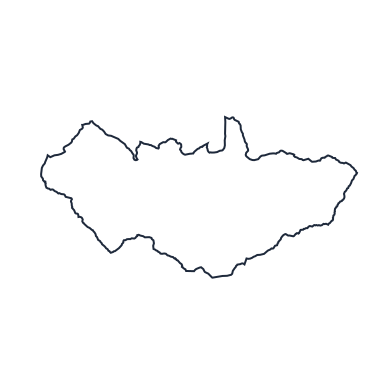 the district of Chita, Boyacá, Colombia, rotated 289°
{"feature_id": "7082276B46406567595223", "entity_name": "Chita", "entity_type": "district", "adm_level": 2, "iso_a3": "COL", "parent_name": "Colombia", "parent_adm1": "Boyacá", "projection": "albers", "projection_center": [-72.448, 6.098], "detail": "fine", "context": "isolated", "style": "outline", "palette": "slate", "viewbox_px": 384, "rotation_deg": 289, "n_neighbors": 0, "source": "geoboundaries", "source_scale": "gbopen_adm2", "svg_char_len": 6072}
<svg xmlns="http://www.w3.org/2000/svg" viewBox="0 0 384 384"><g transform="rotate(289 192 192)"><path d="M219.7,66.4L217.6,67.7L216.6,67.7L215.9,67.4L214.1,65.8L211.1,65.7L208.3,64.9L206.5,63.6L203.8,62.8L202.7,61.7L200.8,62.0L199.5,61.8L196.5,59.9L193.8,57.3L192.4,56.4L191.7,56.4L190.7,56.7L188.8,58.8L188.5,58.7L185.5,56.0L183.5,53.2L181.9,50.0L178.8,46.7L179.7,43.6L177.6,43.8L172.2,43.4L171.1,43.5L168.5,42.5L165.9,42.2L159.8,43.5L157.6,44.4L156.1,46.6L154.6,47.4L154.1,48.4L154.1,49.7L153.6,49.7L153.5,50.1L153.0,49.9L152.4,50.9L151.4,51.0L150.2,51.7L148.7,52.9L148.4,54.7L148.6,55.9L148.0,57.5L148.9,58.9L149.0,60.1L148.2,61.7L148.0,64.0L147.1,66.1L147.7,66.9L147.5,69.1L148.1,71.6L147.8,72.6L146.3,74.1L146.8,80.0L146.1,80.8L144.6,80.5L143.5,80.7L142.2,81.9L140.0,82.8L138.8,83.7L138.0,83.7L136.4,86.5L134.1,88.5L133.9,89.2L134.2,90.8L134.1,91.2L133.3,91.9L131.4,92.8L132.0,93.9L132.0,95.7L131.7,96.3L130.5,97.6L128.6,97.8L127.4,99.0L127.4,99.6L126.8,100.4L124.9,104.7L124.7,106.9L123.6,109.6L123.5,110.9L122.7,111.6L122.2,112.8L120.8,114.5L119.1,115.5L118.4,116.9L116.2,118.8L115.6,121.2L114.9,121.8L114.2,123.3L113.3,124.0L112.3,126.8L111.4,128.4L110.8,129.1L110.5,130.7L109.2,132.2L109.2,133.2L108.6,133.9L108.1,135.0L109.6,136.9L110.3,137.2L111.0,138.4L115.1,141.2L118.8,142.8L120.0,142.7L121.8,143.5L123.2,143.1L124.2,143.3L124.8,144.8L126.2,145.9L127.1,148.0L127.3,148.9L128.6,150.1L129.2,152.6L130.1,153.4L131.9,154.0L132.4,154.6L133.4,154.3L134.2,155.6L134.0,157.3L134.3,160.3L133.8,162.2L135.4,166.3L135.4,168.6L134.4,169.4L133.7,171.3L131.1,172.7L128.5,172.8L125.6,174.2L125.5,176.0L125.0,177.4L125.1,178.5L124.4,179.6L124.4,180.9L123.5,182.2L123.8,183.8L124.8,185.7L125.1,187.4L124.1,189.5L124.3,190.5L124.0,193.3L124.3,195.2L123.5,196.8L123.9,197.7L123.6,198.3L123.2,198.4L123.3,198.9L122.9,199.5L122.6,199.7L122.7,200.7L120.9,203.8L120.4,205.6L119.5,206.5L118.9,206.5L118.6,207.0L117.9,206.9L116.8,210.0L116.8,210.9L115.4,212.1L117.8,219.7L119.4,220.3L120.6,221.1L123.0,223.8L123.8,225.1L122.8,227.8L121.0,229.6L120.5,230.4L120.1,234.0L117.7,238.8L117.7,239.3L122.5,248.1L124.2,252.5L126.5,256.0L127.8,256.6L130.8,256.3L134.3,257.3L135.0,257.7L136.6,257.8L137.4,258.4L138.1,258.5L139.6,261.3L140.4,262.0L140.9,262.9L141.0,263.8L140.6,265.2L146.9,265.2L147.1,266.9L147.9,268.6L149.4,270.3L150.8,271.3L151.7,272.5L153.7,274.2L154.8,276.9L157.0,280.3L161.3,282.8L163.2,284.8L164.5,285.5L164.8,286.8L165.2,287.3L168.2,288.0L169.4,289.8L171.4,289.7L172.1,290.1L173.0,289.9L176.1,291.3L177.6,291.2L179.3,291.7L181.1,292.5L182.6,293.9L182.7,294.5L182.1,297.1L182.6,298.3L183.1,302.2L183.7,302.8L186.2,303.7L186.5,304.3L187.1,304.4L187.5,305.4L187.4,306.1L187.9,306.2L188.0,306.6L191.5,307.0L192.6,309.4L193.5,309.7L193.7,310.4L195.0,311.6L195.4,312.9L197.2,313.5L198.2,314.5L198.5,317.0L200.3,318.1L200.6,318.5L200.6,319.5L201.2,320.2L201.3,321.9L202.0,322.8L202.0,324.2L202.9,325.6L204.7,326.7L204.8,327.7L205.6,329.1L205.4,331.4L206.6,331.6L207.4,332.4L210.4,333.5L210.7,334.1L211.3,334.3L212.5,334.2L213.4,333.6L214.4,333.7L215.4,333.4L215.9,333.4L216.9,334.0L218.5,333.8L219.3,333.3L220.1,333.5L221.0,333.0L223.0,332.7L224.5,333.4L225.2,333.3L225.4,333.7L226.1,334.0L227.2,333.8L227.7,334.1L229.0,334.1L229.6,334.7L231.2,335.2L232.2,336.6L232.9,336.6L234.0,337.5L234.8,337.6L235.3,337.9L236.9,337.8L238.7,337.0L239.7,336.3L242.0,336.4L242.5,336.9L244.0,337.4L245.8,337.5L246.6,338.4L248.4,338.3L249.5,339.1L252.1,339.5L255.0,339.5L256.8,340.4L260.3,340.5L261.1,341.2L262.0,341.3L262.9,341.8L263.8,341.8L263.9,341.2L265.4,340.0L266.1,338.3L267.2,337.0L268.0,334.5L269.0,333.1L269.9,327.9L268.5,326.4L268.6,325.2L268.1,323.2L268.3,321.5L269.3,320.4L269.6,317.5L270.7,316.3L270.1,314.0L270.2,313.4L270.7,313.0L270.9,309.1L270.5,308.2L269.4,307.6L268.7,306.7L267.6,306.3L267.1,304.7L266.1,303.4L264.3,302.9L263.5,303.0L263.2,302.7L262.9,301.3L261.2,299.3L259.8,296.0L259.7,295.4L261.3,291.2L258.4,287.1L258.3,286.2L258.8,285.1L258.2,282.7L258.8,279.9L258.7,277.8L259.4,276.5L259.7,276.4L260.4,276.6L260.7,275.9L260.5,271.8L259.0,269.5L259.1,268.9L259.4,268.6L260.4,264.2L260.1,262.7L259.6,262.1L257.9,261.4L256.5,259.5L255.5,259.0L255.5,258.2L255.0,256.3L253.5,253.0L250.4,248.9L249.1,246.2L247.9,245.2L244.6,243.9L242.4,240.5L241.9,238.7L241.9,235.9L243.3,232.1L243.8,231.3L244.6,230.7L246.8,230.5L249.3,231.6L250.6,231.1L252.7,229.1L253.6,228.6L254.5,228.5L255.5,227.9L256.2,226.4L257.2,225.4L258.8,224.5L262.1,221.7L263.7,221.1L265.0,219.5L267.2,217.7L270.7,216.3L271.8,215.2L272.1,214.3L273.6,213.2L274.1,208.9L274.4,208.3L275.8,207.1L275.9,206.5L275.6,205.7L274.0,204.5L273.3,203.6L273.2,202.7L273.6,198.9L269.1,200.7L257.8,204.3L255.6,205.4L251.6,206.1L246.8,207.9L244.1,208.2L241.8,207.5L241.1,207.0L240.0,204.8L237.9,202.7L236.4,199.8L235.7,197.8L235.6,196.8L234.9,195.8L235.2,194.8L236.2,193.5L237.9,192.5L239.1,191.4L240.4,191.4L241.2,190.8L242.9,190.9L239.3,187.5L238.7,187.4L238.3,186.8L237.9,186.8L237.8,186.2L236.7,185.0L235.4,184.4L234.6,183.3L230.8,181.1L228.8,180.6L228.7,180.0L228.3,179.5L227.5,177.6L225.0,173.3L225.1,171.8L225.6,170.3L226.6,168.7L227.4,168.3L228.2,166.9L229.6,166.8L230.9,167.2L231.4,167.1L233.3,166.3L233.8,165.7L234.2,164.2L233.3,163.4L233.2,162.9L234.4,160.5L234.9,160.2L235.7,160.1L235.9,156.0L235.6,155.5L235.5,154.3L233.3,152.3L230.8,151.0L230.2,150.4L229.9,149.0L229.6,148.4L226.8,145.9L224.9,145.4L223.0,146.3L222.2,146.1L221.9,143.8L222.6,141.8L222.6,139.6L223.0,138.0L222.6,136.5L222.8,135.4L222.0,130.7L222.7,127.8L222.6,126.8L221.3,127.3L219.3,127.2L217.8,126.6L217.1,126.7L216.0,125.5L215.0,125.4L213.2,125.7L211.5,127.1L210.5,127.4L208.2,127.2L207.7,127.3L205.8,128.8L205.0,129.9L204.6,129.7L204.0,128.9L203.7,128.0L203.8,127.0L205.1,125.6L207.3,125.1L208.4,124.5L208.8,123.6L210.9,121.1L211.4,119.6L212.4,118.3L212.7,116.0L215.4,112.9L217.0,107.5L218.2,105.0L218.8,97.2L218.2,94.3L218.7,91.5L220.5,89.2L221.7,86.9L221.9,84.8L223.7,81.6L223.7,80.1L224.0,79.1L225.0,76.4L226.4,74.5L225.5,72.9L224.3,72.9L223.1,72.4L221.7,69.2L219.9,67.0L219.7,66.4Z" fill="none" stroke="#1e293b" stroke-width="2"/></g></svg>